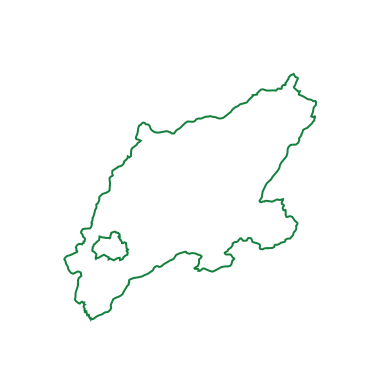 Lima Puluh Kota, Sumatera Barat, Indonesia, rotated 68°
{"feature_id": "22746128B97954273808268", "entity_name": "Lima Puluh Kota", "entity_type": "district", "adm_level": 2, "iso_a3": "IDN", "parent_name": "Indonesia", "parent_adm1": "Sumatera Barat", "projection": "equal_earth", "projection_center": [100.621, 0.029], "detail": "fine", "context": "isolated", "style": "outline", "palette": "green", "viewbox_px": 384, "rotation_deg": 68, "n_neighbors": 0, "source": "geoboundaries", "source_scale": "gbopen_adm2", "svg_char_len": 6093}
<svg xmlns="http://www.w3.org/2000/svg" viewBox="0 0 384 384"><g transform="rotate(68 192 192)"><path d="M185.5,307.3L187.5,309.9L188.5,310.1L190.3,309.4L192.7,309.8L194.4,308.8L195.3,308.7L197.3,309.9L197.3,311.1L198.6,311.5L198.6,312.9L199.3,313.6L198.1,315.5L197.8,316.7L198.0,317.8L198.7,319.2L200.0,320.5L201.1,320.3L202.4,321.0L204.0,320.6L204.6,321.2L204.9,329.0L204.6,331.4L204.7,332.5L205.8,335.0L206.6,335.6L209.1,335.2L211.3,335.7L214.9,335.1L216.9,335.6L218.7,335.4L221.6,334.5L223.3,332.8L222.9,327.9L223.4,326.8L225.0,325.3L228.4,326.1L229.3,329.1L231.1,330.8L233.5,331.5L234.3,332.3L235.4,332.3L242.2,337.9L246.2,339.6L247.5,340.8L249.8,340.5L252.9,338.6L253.4,337.8L252.7,336.8L252.9,335.6L252.6,335.0L253.6,334.6L254.0,333.4L254.6,334.0L255.6,334.1L256.2,333.6L256.4,334.5L257.5,335.4L260.0,335.2L261.0,336.0L261.7,335.6L262.3,335.9L262.6,335.3L263.1,336.3L263.7,336.0L263.9,334.8L267.0,335.3L267.1,333.7L268.3,333.8L268.4,334.2L270.5,334.1L271.3,333.8L271.1,333.2L271.8,333.3L271.6,333.1L272.5,332.5L272.7,330.7L272.1,329.0L271.5,325.7L271.7,320.8L271.0,318.3L271.7,314.7L270.7,311.9L269.1,310.3L266.5,309.8L261.9,305.2L261.5,302.8L261.6,299.2L261.3,296.5L260.6,294.5L258.5,292.3L254.9,287.3L253.8,285.0L252.6,284.8L252.1,283.9L250.7,283.7L249.9,282.9L249.9,278.3L251.0,273.7L251.6,269.7L251.3,267.6L251.3,263.8L250.0,257.7L248.0,255.5L247.6,254.2L247.4,252.8L247.9,251.5L249.0,250.8L249.4,249.9L249.4,248.0L248.4,245.4L247.3,237.9L247.2,234.2L244.4,230.2L244.2,226.8L244.9,220.4L245.5,219.8L246.4,219.8L248.2,217.8L248.6,215.0L249.7,212.8L250.8,211.2L252.2,210.2L253.3,208.3L255.3,207.2L256.3,208.2L257.2,210.8L260.5,212.0L262.8,214.3L263.3,217.8L263.6,218.3L264.3,218.1L265.6,215.2L267.2,215.0L267.5,215.5L268.0,214.7L268.0,213.6L267.0,210.7L267.5,209.3L271.4,205.6L273.5,202.9L273.6,201.2L272.6,192.7L273.6,188.6L274.6,186.2L274.7,184.3L274.2,182.9L270.6,180.1L270.1,178.4L269.8,177.8L269.3,177.8L268.2,178.7L264.9,179.4L264.2,180.0L262.7,183.8L261.4,184.6L260.5,184.3L260.0,181.0L258.8,179.8L258.0,176.4L256.5,174.2L255.0,173.7L254.4,171.4L255.0,169.4L254.9,167.9L253.9,166.5L253.1,164.5L253.2,164.1L253.8,163.7L256.5,162.7L257.5,159.4L255.9,157.6L255.8,157.0L256.8,154.8L257.6,154.4L261.0,154.6L264.0,150.7L265.8,149.1L267.1,148.9L269.2,150.2L270.0,150.2L270.4,150.0L271.6,148.1L271.7,147.7L271.4,146.2L271.5,145.7L272.1,143.2L272.7,142.8L272.8,141.8L273.9,138.8L273.9,136.9L273.8,136.4L272.3,135.4L272.1,134.8L272.9,132.6L272.9,130.9L272.4,128.7L272.9,124.8L272.7,124.1L271.3,123.4L271.1,121.6L271.1,120.7L271.9,118.4L269.8,114.4L267.5,112.8L266.7,110.8L265.5,109.2L262.4,108.1L261.4,106.4L260.3,105.8L256.8,107.5L252.6,108.4L251.3,109.9L251.0,110.6L250.9,112.9L250.4,113.8L247.6,113.6L245.7,112.5L244.4,112.5L243.8,112.0L243.6,112.1L243.5,113.3L243.1,114.0L241.1,114.0L240.1,113.5L239.3,112.1L238.8,111.8L237.7,112.2L236.8,113.1L236.0,113.1L234.4,111.9L233.5,110.6L232.7,110.3L232.3,113.5L231.6,114.9L230.8,115.7L231.0,121.3L228.0,126.3L227.7,127.6L227.9,128.4L227.4,129.7L227.4,131.8L226.9,132.4L225.6,132.8L223.1,129.3L218.0,126.3L212.7,120.4L211.9,119.2L210.0,114.2L208.1,111.6L204.8,105.3L202.7,102.2L199.9,100.3L198.0,97.9L194.4,91.1L191.6,88.9L188.0,87.2L186.4,85.6L185.3,83.1L185.6,81.5L187.0,77.8L185.9,74.7L184.0,73.0L182.4,72.7L180.6,69.6L179.4,68.9L178.5,67.7L176.1,65.7L175.8,64.4L175.7,61.1L173.3,55.0L172.2,53.6L171.5,51.9L169.4,50.8L169.2,50.2L168.2,49.7L167.7,50.3L167.7,51.5L167.3,52.5L166.6,53.1L163.4,50.1L159.1,47.4L157.9,44.8L157.1,44.1L154.6,43.2L154.0,43.4L153.0,45.7L151.2,46.8L149.1,50.1L145.4,52.7L141.7,56.4L140.5,55.8L139.0,54.3L138.4,56.0L133.7,58.3L132.8,58.2L131.7,56.5L128.4,53.5L126.9,51.7L125.7,51.2L124.2,53.0L120.6,53.6L120.8,56.9L121.8,59.1L122.6,60.0L123.5,60.3L124.2,61.9L125.4,63.2L125.9,64.6L127.6,65.0L127.8,65.8L127.0,67.1L127.3,68.3L128.0,69.3L129.4,69.9L129.8,70.6L128.3,73.5L129.5,76.1L128.6,77.6L126.1,84.5L123.3,87.8L122.9,89.9L124.8,94.5L126.0,95.1L124.9,99.6L125.9,99.8L127.4,103.8L129.5,107.8L128.7,114.6L129.6,117.3L129.6,120.3L130.7,123.6L132.2,125.8L134.9,135.0L134.8,136.7L134.3,138.7L132.9,140.8L131.6,141.9L129.4,145.6L128.4,146.6L128.3,148.3L127.2,151.5L127.4,155.2L127.2,156.6L126.3,158.3L126.2,159.9L126.3,161.1L127.2,162.5L127.4,164.5L124.9,169.9L125.5,172.5L128.2,179.0L128.9,183.3L131.0,186.8L130.2,188.8L128.3,190.0L126.1,192.6L124.4,201.0L122.8,203.9L120.9,205.5L119.3,206.3L117.9,206.7L115.0,206.5L113.2,207.2L111.8,209.5L110.1,210.0L109.3,211.4L109.7,212.9L110.7,214.9L110.5,216.0L112.4,217.7L116.9,220.4L120.3,223.5L121.4,223.9L122.3,223.6L123.2,222.2L125.2,220.3L125.9,222.0L126.2,224.0L127.5,225.6L128.9,230.9L129.5,231.8L130.8,232.9L136.0,235.3L136.4,237.2L134.9,238.2L136.6,239.2L137.7,241.6L137.8,242.6L138.7,244.0L139.3,244.0L140.6,245.5L141.3,248.2L140.9,251.0L141.2,251.2L142.4,257.8L145.0,259.1L146.9,259.2L147.3,260.1L147.4,261.9L148.4,263.4L152.8,264.6L159.6,267.8L160.3,269.2L160.5,272.4L160.3,275.8L161.7,279.5L162.2,280.0L164.5,280.9L165.8,282.0L167.4,283.9L167.4,284.9L167.9,285.5L170.2,286.2L171.1,286.8L172.2,288.4L176.2,291.2L178.6,293.4L178.7,293.9L181.2,294.9L182.3,296.5L183.6,296.9L183.9,296.5L186.3,298.3L187.4,299.8L187.5,300.5L186.0,304.7L185.5,307.3ZM219.9,273.8L220.4,273.4L221.0,273.6L221.4,273.0L221.9,273.5L221.7,274.1L221.9,274.6L223.4,274.6L224.1,274.2L225.3,275.2L226.0,275.4L226.0,277.9L226.6,278.8L226.8,280.0L227.9,280.9L228.3,282.8L228.2,284.3L225.9,283.7L225.4,285.9L226.0,290.1L223.2,292.6L223.2,294.6L221.3,293.7L220.3,294.7L217.2,297.1L217.5,300.8L218.0,302.9L217.5,304.8L218.1,306.1L217.2,306.2L213.9,303.9L210.6,305.3L209.6,306.4L208.1,306.1L207.4,305.3L205.9,304.8L205.3,303.6L203.9,302.7L203.9,301.7L202.9,299.6L201.7,296.1L198.6,294.4L200.4,292.3L201.3,290.4L202.0,289.7L203.6,286.0L204.1,285.6L203.6,284.8L201.6,283.8L201.0,282.9L199.6,282.1L199.7,278.8L200.4,277.6L201.3,277.5L202.3,275.7L202.8,275.8L203.9,275.0L204.6,275.1L205.1,275.8L206.1,275.7L205.9,276.2L206.0,277.0L206.9,277.0L207.7,276.4L209.2,276.6L209.8,276.0L212.3,275.8L213.2,276.1L213.5,275.4L213.4,273.4L214.5,272.3L219.9,273.8Z" fill="none" stroke="#15803d" stroke-width="2"/></g></svg>